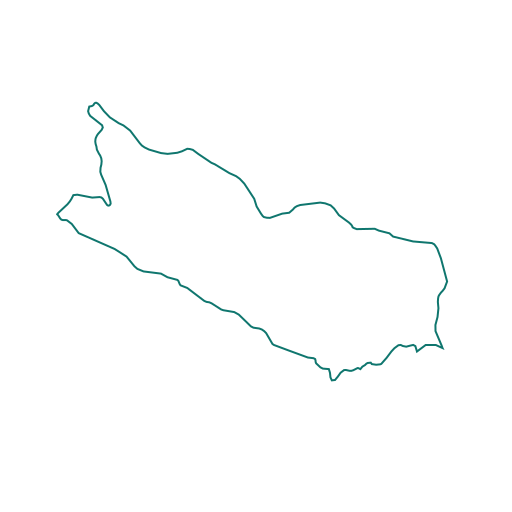 map outline of Kärnten (orthographic projection), rotated 19°
{"feature_id": "AUT-2325", "entity_name": "Kärnten", "entity_type": "State", "adm_level": 1, "iso_a3": "AUT", "parent_name": "Austria", "parent_adm1": "", "projection": "orthographic", "projection_center": [13.787, 46.758], "detail": "fine", "context": "isolated", "style": "outline", "palette": "teal", "viewbox_px": 512, "rotation_deg": 19, "n_neighbors": 0, "source": "natural_earth", "source_scale": "10m", "svg_char_len": 2753}
<svg xmlns="http://www.w3.org/2000/svg" viewBox="0 0 512 512"><g transform="rotate(19 256 256)"><path d="M60.2,285.0L58.7,284.3L55.7,281.9L54.4,281.3L54.4,281.2L55.1,279.4L60.9,268.5L62.2,265.0L62.9,262.1L63.5,257.9L67.1,256.2L82.1,254.1L88.9,251.2L90.8,251.0L92.6,251.7L98.5,256.2L99.8,256.5L100.4,256.3L100.9,255.8L101.3,255.2L101.4,254.7L101.5,253.8L100.6,251.9L90.7,237.8L83.1,229.5L81.4,227.1L80.3,223.2L80.0,219.9L79.2,216.6L77.9,214.0L75.9,211.7L74.2,210.4L70.9,207.2L69.5,204.5L67.9,202.3L66.8,200.2L66.2,197.8L66.1,196.6L66.2,195.6L66.4,193.8L66.9,192.0L69.0,187.0L69.3,184.4L67.9,182.5L53.6,177.5L51.5,175.7L50.1,173.7L49.7,169.0L51.9,167.7L52.5,167.1L53.1,166.3L53.3,165.6L53.4,164.8L53.7,164.2L54.2,163.5L55.0,163.1L56.5,163.3L58.6,164.2L65.1,168.6L72.7,172.5L82.9,175.1L88.2,175.7L96.2,178.4L109.4,187.2L112.1,188.7L115.3,189.6L120.2,190.2L132.7,189.6L139.2,188.2L148.0,184.0L151.9,181.1L156.1,177.0L158.6,176.4L161.7,176.2L168.2,178.3L183.5,182.4L187.2,182.7L203.8,186.3L211.2,187.0L215.5,188.3L221.4,191.4L235.7,202.5L240.5,209.0L246.9,214.3L249.3,216.0L250.8,216.6L253.8,216.3L256.8,215.4L267.0,207.4L273.3,204.3L275.8,200.0L276.5,198.2L277.2,197.0L278.6,195.4L281.2,193.4L299.3,184.6L304.2,183.7L310.1,183.8L314.4,185.7L321.1,190.4L333.0,194.1L335.9,195.4L337.6,196.8L338.0,197.4L339.5,197.7L342.5,197.8L359.4,191.6L363.9,192.0L374.8,191.1L379.3,193.0L399.8,191.1L418.1,186.5L420.7,186.9L422.4,188.0L424.9,189.9L431.6,198.0L445.0,217.9L444.8,225.2L443.8,228.2L442.8,230.4L441.9,233.4L441.7,234.8L442.0,236.9L442.9,240.2L445.5,246.0L447.5,254.6L448.1,262.8L450.2,268.6L460.8,280.4L462.2,282.2L462.3,282.3L458.9,282.0L455.0,281.6L445.4,284.9L439.3,293.9L436.0,289.3L433.6,288.9L431.2,290.4L427.6,292.8L427.0,292.9L424.1,293.3L421.8,293.0L419.7,294.0L416.9,298.1L415.1,302.2L413.8,306.2L412.6,309.9L410.9,314.0L409.6,317.2L408.7,318.0L405.0,319.7L400.7,320.5L399.2,319.5L396.4,320.8L395.4,321.9L394.6,323.6L392.6,326.0L391.5,329.0L390.2,328.8L389.2,328.7L388.5,328.9L385.1,332.4L383.4,333.6L381.7,334.1L378.1,334.5L376.4,335.2L374.0,338.8L372.6,343.5L371.8,345.6L371.1,347.5L368.2,348.9L365.9,346.5L364.0,342.4L361.7,339.2L355.9,340.7L353.1,340.3L350.7,339.2L347.8,337.9L346.9,336.8L346.3,335.4L345.5,334.2L343.7,333.9L338.1,335.1L317.9,334.7L302.4,334.3L302.0,334.3L300.2,333.8L290.7,325.6L288.3,324.4L285.5,323.6L282.6,323.5L279.6,324.1L276.9,324.6L274.1,324.2L258.8,317.0L253.7,316.1L242.8,317.9L240.5,317.9L229.4,315.2L226.9,315.0L224.2,315.5L221.7,315.3L201.4,308.6L194.2,308.3L193.0,307.4L190.6,304.7L189.4,304.2L179.2,304.9L171.9,303.6L154.7,307.2L148.0,306.8L144.4,305.3L133.8,298.7L120.1,295.4L80.9,292.1L71.4,285.7L67.2,284.3L65.8,283.8L64.5,283.9L61.8,284.9L60.2,285.0Z" fill="none" stroke="#0f766e" stroke-width="2"/></g></svg>